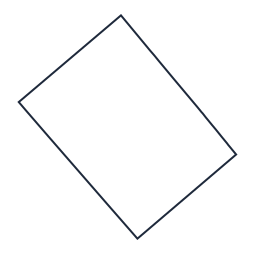 Preble, Ohio, United States of America (Albers equal-area conic projection), rotated 140°
{"feature_id": "52423323B89596948569542", "entity_name": "Preble", "entity_type": "district", "adm_level": 2, "iso_a3": "USA", "parent_name": "United States of America", "parent_adm1": "Ohio", "projection": "albers", "projection_center": [-84.757, 39.743], "detail": "fine", "context": "isolated", "style": "outline", "palette": "slate", "viewbox_px": 256, "rotation_deg": 140, "n_neighbors": 0, "source": "geoboundaries", "source_scale": "gbopen_adm2", "svg_char_len": 454}
<svg xmlns="http://www.w3.org/2000/svg" viewBox="0 0 256 256"><g transform="rotate(140 128 128)"><path d="M61.4,136.6L61.3,160.5L61.2,166.3L61.3,173.2L61.2,187.2L61.0,218.5L61.0,218.8L195.0,218.1L194.9,206.6L194.4,172.4L192.8,82.8L191.9,37.2L62.2,38.2L62.1,51.3L62.0,51.7L61.9,60.9L61.7,71.1L61.7,72.4L61.7,76.3L61.6,84.8L61.6,85.9L61.4,91.3L61.5,92.7L61.4,98.8L61.4,105.4L61.4,106.1L61.4,136.6Z" fill="none" stroke="#1e293b" stroke-width="2"/></g></svg>